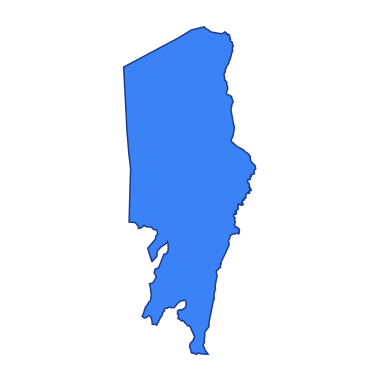 Asuogyaman, Eastern, Ghana (Equal Earth projection), rotated 354°
{"feature_id": "2480657B37277876999120", "entity_name": "Asuogyaman", "entity_type": "district", "adm_level": 2, "iso_a3": "GHA", "parent_name": "Ghana", "parent_adm1": "Eastern", "projection": "equal_earth", "projection_center": [0.144, 6.363], "detail": "fine", "context": "isolated", "style": "filled", "palette": "blue", "viewbox_px": 384, "rotation_deg": 354, "n_neighbors": 0, "source": "geoboundaries", "source_scale": "gbopen_adm2", "svg_char_len": 6055}
<svg xmlns="http://www.w3.org/2000/svg" viewBox="0 0 384 384"><g transform="rotate(354 192 192)"><path d="M253.8,162.9L253.6,162.4L252.9,162.1L252.5,160.7L251.9,159.8L250.5,158.4L249.7,158.1L246.9,154.9L245.7,154.5L244.8,153.4L242.1,152.0L236.1,145.5L236.4,144.5L238.8,140.1L240.7,133.3L240.8,131.7L241.0,131.3L240.4,129.3L239.3,113.8L240.4,111.1L240.8,109.1L242.2,107.2L242.4,106.7L241.7,103.7L241.3,103.0L241.4,101.8L241.2,101.2L240.9,100.8L240.2,100.6L239.8,99.9L236.9,98.7L236.6,98.1L236.6,97.4L237.0,95.9L238.2,93.5L238.4,91.6L238.3,90.7L237.8,88.9L238.0,86.7L237.8,85.9L236.8,84.6L236.2,84.5L236.4,80.9L236.4,80.4L235.9,79.3L236.2,78.7L236.2,78.2L236.6,77.2L237.4,76.4L237.8,74.0L238.1,73.4L239.1,72.2L239.2,71.3L241.0,68.9L241.7,68.3L241.7,67.8L242.0,67.6L242.2,66.7L243.3,64.5L244.2,63.4L244.4,62.3L244.3,61.6L244.8,61.3L245.2,60.9L245.4,59.0L246.4,57.6L246.6,56.7L247.1,56.2L247.3,55.2L247.1,53.1L248.3,51.2L248.3,50.9L247.8,50.2L247.8,48.8L247.6,47.3L247.3,46.8L245.7,45.9L246.3,44.3L246.2,44.1L245.7,43.9L245.8,43.3L246.1,43.1L246.2,42.6L245.6,41.1L245.4,39.5L244.4,39.7L244.2,38.7L243.4,38.3L243.1,38.6L242.8,38.1L242.4,38.2L242.5,37.2L242.0,36.9L241.8,36.4L241.2,36.3L239.9,37.3L239.5,37.2L239.0,37.6L238.3,37.7L234.8,36.9L227.8,34.9L224.3,31.8L222.7,31.1L222.3,30.6L222.3,30.0L221.3,29.0L208.3,30.8L194.7,37.3L137.1,60.6L133.7,125.3L133.2,148.5L133.4,162.5L131.6,175.2L126.3,215.3L132.0,216.4L133.6,218.0L134.0,219.1L134.7,219.8L135.1,221.2L134.9,222.3L135.3,222.0L136.3,222.6L136.7,222.7L140.2,220.8L140.8,220.0L141.1,220.6L142.4,221.5L143.3,221.9L147.9,222.6L149.0,224.3L150.0,225.3L152.4,226.0L153.3,227.1L153.3,230.3L151.5,232.0L150.6,235.2L142.1,243.3L144.2,254.3L144.4,254.5L144.4,255.2L144.6,255.6L144.7,256.7L145.2,256.9L150.5,252.1L151.1,247.2L153.3,245.2L153.5,245.2L153.8,245.0L154.7,243.8L155.3,243.4L158.1,242.2L158.8,241.7L160.0,241.1L161.0,240.3L161.6,239.4L162.2,239.3L162.3,239.1L162.8,241.4L162.3,247.4L161.9,248.1L159.6,251.2L157.7,250.8L150.8,263.9L147.1,265.0L145.9,268.6L147.7,272.2L145.9,275.4L143.4,278.4L140.2,278.8L140.5,281.3L140.8,290.8L140.1,292.2L139.4,295.5L138.9,296.0L137.5,297.0L135.2,300.3L133.4,302.0L133.1,303.3L132.0,305.2L131.8,306.2L129.5,310.5L131.4,312.3L133.7,312.0L135.9,310.4L137.8,311.6L138.8,316.0L138.7,319.5L141.0,319.6L142.0,319.9L142.7,320.7L143.2,320.6L144.0,318.8L144.8,318.0L147.2,314.0L149.2,311.8L150.1,309.4L150.4,308.8L152.1,307.4L152.6,305.3L153.0,304.9L153.6,304.7L155.3,305.0L156.9,304.0L159.1,304.8L162.0,305.2L166.3,301.1L170.1,298.9L170.8,299.0L171.4,299.3L172.7,298.7L173.8,299.1L174.3,299.7L174.5,303.3L172.9,306.9L171.7,307.1L170.4,307.7L169.8,308.3L168.7,307.9L168.2,308.4L167.6,307.9L166.3,308.1L165.7,308.4L165.2,308.9L164.8,311.7L165.4,311.9L165.5,312.9L165.7,313.2L165.8,313.4L165.5,313.8L165.4,314.8L164.8,316.4L165.4,316.6L165.8,316.9L166.3,316.9L167.7,318.9L168.9,319.3L169.3,318.9L169.8,318.9L170.6,319.9L171.1,321.3L172.0,322.0L172.7,323.2L173.5,324.4L174.0,324.7L175.1,324.6L175.6,324.8L176.7,327.5L177.1,329.2L178.1,331.8L178.4,333.2L179.0,334.9L179.5,335.7L179.3,336.6L178.1,338.2L178.0,338.9L178.2,339.3L178.0,339.5L176.7,340.7L175.4,341.4L174.0,343.2L173.6,344.7L173.6,346.3L174.3,349.0L174.5,351.8L175.2,352.0L175.8,351.7L176.0,351.9L176.3,352.6L178.2,353.2L179.2,353.9L180.0,353.8L180.2,353.0L181.4,352.6L182.6,353.4L183.9,353.8L187.4,354.5L191.0,355.0L188.3,349.9L187.1,345.5L187.9,343.8L188.6,343.1L188.7,340.0L189.0,339.0L189.2,338.8L190.0,334.5L189.9,332.8L194.7,327.8L195.1,325.9L195.2,323.7L202.1,301.6L202.6,301.4L202.8,301.1L203.1,298.2L203.2,296.0L205.2,290.8L205.2,286.9L206.0,285.3L207.1,281.2L208.2,278.5L207.8,273.6L208.3,272.8L208.8,272.7L209.2,272.2L209.9,271.9L209.9,271.5L210.4,271.2L211.2,270.4L211.8,270.1L212.5,270.1L212.4,268.4L212.5,267.9L212.5,267.6L212.9,267.3L212.8,267.1L213.3,266.8L213.1,266.4L213.3,266.2L213.0,266.1L213.2,265.9L213.1,265.6L218.7,256.5L223.5,248.2L223.2,244.3L224.6,242.0L225.0,240.8L225.6,239.4L226.3,238.8L227.1,238.4L228.7,238.1L230.6,238.2L231.8,237.6L232.3,237.6L233.3,237.8L233.4,238.1L233.7,238.2L233.7,238.4L233.8,238.5L234.1,237.7L234.3,237.9L234.8,237.5L234.7,237.1L234.8,236.5L234.3,235.8L234.8,235.4L234.9,234.6L235.3,234.5L235.1,234.0L234.5,232.9L233.5,232.4L232.6,231.4L231.9,231.7L231.5,231.6L231.1,229.7L230.6,229.4L230.6,228.8L231.2,228.2L231.6,227.1L232.0,226.5L231.6,225.4L231.6,225.0L231.3,224.8L231.3,224.6L231.6,224.6L231.5,223.6L232.2,222.3L231.3,221.6L230.8,220.6L231.2,219.3L231.2,218.7L231.4,218.4L231.9,218.9L233.9,218.5L233.8,217.7L234.0,217.1L234.1,216.0L233.8,215.8L233.1,216.2L233.1,215.4L233.7,215.0L234.3,214.8L234.7,214.4L235.9,214.2L236.1,213.9L236.3,213.4L235.9,213.2L235.8,212.6L236.3,212.2L236.3,211.7L235.9,211.4L236.5,210.4L236.2,209.7L236.6,208.8L237.0,208.6L237.3,209.2L237.8,209.6L238.3,209.3L238.5,209.7L238.9,209.7L239.6,210.3L240.1,210.0L240.6,210.3L241.2,210.2L241.5,209.4L241.6,208.9L241.2,208.6L241.2,209.5L240.9,209.6L240.6,208.8L240.9,208.7L241.0,208.5L240.4,207.9L240.3,207.7L240.8,207.4L241.0,206.3L241.9,205.0L242.1,204.8L242.2,205.0L241.7,206.1L242.8,205.4L243.0,204.9L243.0,204.1L243.9,204.2L244.7,203.3L245.2,203.0L244.7,201.8L245.1,201.5L245.1,201.0L245.8,200.3L246.0,199.4L246.6,198.9L246.9,198.4L247.2,198.4L248.2,199.3L248.7,199.3L249.2,198.9L249.1,198.2L248.8,197.1L249.2,196.3L249.4,196.2L250.1,196.8L250.5,196.9L251.1,196.3L251.1,195.8L251.0,195.4L249.6,194.2L249.6,193.8L249.9,194.0L250.2,193.8L249.9,193.4L249.4,193.4L249.1,193.1L249.1,192.8L249.4,192.8L249.7,192.5L249.9,191.3L249.6,190.2L249.6,189.4L249.0,189.3L248.6,188.5L248.3,186.6L248.4,186.0L248.5,185.8L249.1,186.0L250.2,185.3L250.6,185.7L251.2,185.5L251.6,184.7L251.5,183.7L251.7,183.4L251.8,182.9L252.2,183.0L252.6,182.6L252.5,181.4L252.6,181.1L253.5,180.7L254.1,181.0L255.0,180.5L255.5,180.5L255.8,180.2L256.0,180.0L255.8,179.5L255.8,178.7L256.2,177.1L257.7,175.6L257.4,175.4L257.4,174.7L257.7,174.3L257.7,172.9L257.0,171.9L256.9,171.4L256.5,171.3L254.2,168.1L253.4,166.3L253.4,165.9L253.6,165.6L253.4,164.6L253.8,162.9Z" fill="#3b82f6" stroke="#1e3a8a" stroke-width="1.5"/></g></svg>